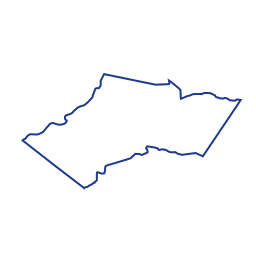 São João dos Patos, Maranhão, Brazil (Mercator projection), rotated 115°
{"feature_id": "56859067B96040325149331", "entity_name": "São João dos Patos", "entity_type": "district", "adm_level": 2, "iso_a3": "BRA", "parent_name": "Brazil", "parent_adm1": "Maranhão", "projection": "mercator", "projection_center": [-43.625, -6.566], "detail": "fine", "context": "isolated", "style": "outline", "palette": "blue", "viewbox_px": 256, "rotation_deg": 115, "n_neighbors": 0, "source": "geoboundaries", "source_scale": "gbopen_adm2", "svg_char_len": 2093}
<svg xmlns="http://www.w3.org/2000/svg" viewBox="0 0 256 256"><g transform="rotate(115 128 128)"><path d="M201.0,142.2L199.7,141.6L198.8,140.2L197.9,139.5L196.7,138.9L194.2,136.9L192.2,136.0L191.7,135.1L190.5,135.1L189.3,134.3L188.3,134.2L186.8,135.0L183.8,136.4L181.7,137.2L180.8,136.7L180.6,133.2L180.1,132.0L179.6,131.0L179.0,130.3L177.8,130.6L176.8,130.7L173.0,132.1L172.0,132.2L171.1,131.5L169.7,130.0L164.8,124.4L154.5,113.0L152.1,112.0L148.3,110.4L147.6,108.5L146.9,107.3L146.7,106.1L146.6,104.1L145.2,102.8L144.2,101.9L142.8,100.8L142.0,100.0L140.4,100.6L139.5,101.5L138.7,103.1L136.5,102.9L134.5,95.9L134.1,93.8L133.9,92.7L134.3,91.9L134.8,90.8L134.3,89.8L133.3,88.7L132.6,87.6L132.5,86.3L131.9,85.1L132.0,83.5L132.1,82.3L132.2,80.9L132.1,79.9L131.8,78.8L131.2,77.5L130.7,76.2L130.0,75.3L130.0,74.2L130.2,73.1L130.2,71.6L130.0,70.1L129.7,68.8L129.4,67.6L128.6,66.3L127.2,64.2L122.1,56.1L122.0,48.2L117.0,47.4L78.3,41.3L55.0,37.7L56.1,41.4L58.0,42.4L59.2,45.7L59.8,47.5L59.3,50.1L59.5,51.6L59.9,53.2L61.3,54.3L61.5,55.7L62.4,57.3L62.2,58.8L62.6,59.9L62.7,61.4L62.2,62.4L61.6,63.1L61.7,68.1L62.1,69.4L64.1,73.8L66.0,75.4L67.2,78.0L69.0,81.9L70.3,83.9L71.9,85.1L74.1,87.8L77.3,90.6L79.1,92.4L74.6,94.9L71.2,96.7L70.3,99.6L68.0,108.6L67.7,110.9L68.9,110.0L69.7,109.5L70.9,109.4L72.6,112.6L77.1,121.4L89.3,172.4L95.0,172.7L96.9,172.7L100.3,171.0L101.3,170.7L104.3,171.3L105.0,173.0L105.6,173.8L106.8,174.2L108.2,174.0L110.4,173.7L112.2,173.8L113.5,173.6L115.1,173.2L119.1,174.5L121.5,175.2L124.2,176.5L126.0,177.4L126.6,178.1L127.8,179.6L129.1,180.8L131.0,182.4L133.2,183.2L135.3,184.2L137.4,184.8L138.3,185.2L139.4,186.0L140.3,186.8L142.0,188.8L142.9,189.6L144.5,189.9L145.6,189.4L146.8,188.4L147.1,186.7L148.4,186.4L150.5,187.1L152.3,188.8L153.4,190.4L154.2,192.1L154.6,193.7L154.9,195.7L155.1,197.9L155.8,199.1L156.9,200.3L158.0,200.8L159.4,201.0L161.7,201.8L165.7,202.8L167.6,203.4L171.3,206.3L172.6,208.2L173.2,209.7L174.8,213.6L175.6,214.6L178.3,216.0L179.8,216.1L181.1,216.6L182.3,217.7L183.8,218.3L193.7,175.4L201.0,142.2Z" fill="none" stroke="#1e3a8a" stroke-width="2"/></g></svg>